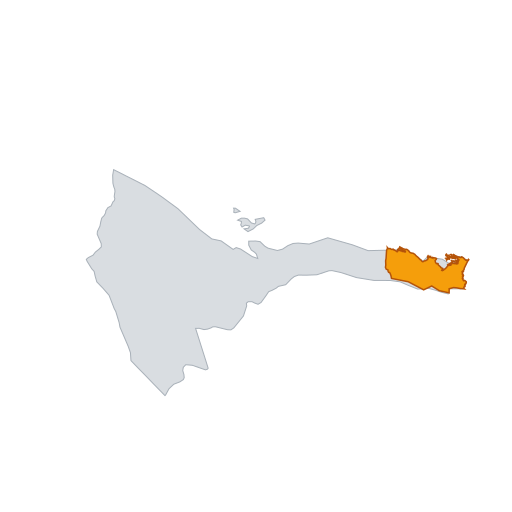 Debub Deb.Keih Bahri, Debubawi Keyih Bahri, Eritrea shown in context, rotated 321°
{"feature_id": "51966322B86476524232792", "entity_name": "Debub Deb.Keih Bahri", "entity_type": "district", "adm_level": 2, "iso_a3": "ERI", "parent_name": "Eritrea", "parent_adm1": "Debubawi Keyih Bahri", "projection": "robinson", "projection_center": [42.638, 13.079], "detail": "fine", "context": "in_parent", "style": "filled", "palette": "amber", "viewbox_px": 512, "rotation_deg": 321, "n_neighbors": 0, "source": "geoboundaries", "source_scale": "gbopen_adm2", "svg_char_len": 8411}
<svg xmlns="http://www.w3.org/2000/svg" viewBox="0 0 512 512"><g transform="rotate(321 256 256)"><path d="M97.4,307.2L95.9,291.2L95.0,280.6L93.9,269.3L93.0,258.6L97.6,252.1L99.8,245.9L105.5,225.7L107.7,221.7L112.1,210.9L112.7,207.7L117.1,194.1L116.8,185.0L116.0,175.9L118.3,170.5L120.5,166.1L120.3,162.5L121.4,153.9L122.0,151.8L124.6,151.7L129.8,152.8L133.6,151.9L138.1,151.9L141.5,151.6L143.5,149.0L146.3,139.1L148.2,137.1L149.5,136.5L153.5,134.6L156.8,131.8L159.6,129.7L160.6,129.3L163.5,129.0L166.3,127.8L167.7,126.4L171.3,125.2L174.9,125.9L177.3,124.7L178.9,123.9L180.7,123.8L182.4,122.6L183.0,120.9L184.1,119.7L186.9,117.2L188.2,115.3L188.8,113.4L189.4,111.9L190.6,109.4L195.5,103.0L199.7,99.3L214.1,131.4L219.9,150.3L225.1,170.1L228.8,199.8L232.4,214.9L238.4,222.3L242.4,236.5L245.9,237.0L248.4,240.9L252.7,254.1L255.8,259.0L257.5,254.8L257.3,252.4L256.1,248.3L257.2,243.0L259.7,239.9L265.2,244.2L268.2,247.4L269.0,253.9L270.3,257.5L276.1,265.2L281.0,267.4L287.3,268.0L292.7,269.6L296.9,272.5L304.9,280.2L323.2,287.0L337.9,307.9L346.5,322.4L375.0,344.3L379.9,354.8L382.5,365.1L388.5,364.6L398.8,375.8L401.8,384.4L410.2,387.5L411.6,382.4L415.7,386.6L417.4,393.0L412.0,395.6L406.0,397.9L405.2,397.8L403.2,400.7L400.4,408.9L397.3,411.2L395.7,411.4L386.4,403.8L385.0,403.4L382.9,404.9L381.5,406.4L377.2,400.7L374.0,395.6L369.6,389.5L365.4,386.8L360.8,383.4L356.3,375.4L351.7,366.7L344.9,359.5L332.2,349.1L320.5,336.0L311.6,322.3L305.9,315.2L303.4,313.4L291.5,308.9L283.2,302.7L276.9,297.5L272.9,296.1L269.1,296.0L261.0,297.0L254.3,293.7L251.5,293.7L246.9,292.8L243.4,291.7L239.2,293.0L230.7,295.3L227.2,294.8L225.3,291.6L224.2,289.1L221.2,286.6L218.8,286.6L217.4,288.9L208.5,294.7L193.5,297.9L190.0,297.6L187.4,295.3L179.9,285.4L177.7,283.8L176.0,283.6L172.5,282.4L169.3,280.5L166.4,276.5L163.5,274.2L160.4,282.1L154.9,296.1L152.0,303.5L148.2,313.1L147.0,313.4L145.1,312.7L137.7,300.8L133.0,296.3L129.5,296.7L127.0,298.9L125.3,302.9L123.6,305.4L121.7,306.3L117.6,305.9L111.4,303.9L104.9,304.4L98.3,307.1L97.4,307.2ZM273.2,227.4L275.2,230.3L276.6,230.0L277.7,229.0L278.4,227.0L286.1,231.1L285.6,233.8L281.1,234.0L275.8,232.8L270.9,233.2L265.1,232.0L263.8,227.4L267.5,229.6L269.4,229.0L269.7,228.4L267.1,225.3L263.4,224.7L263.7,222.2L265.3,221.2L266.4,220.0L264.3,216.6L268.4,217.4L271.0,219.5L272.8,221.9L273.2,227.4ZM270.1,205.9L271.7,211.3L267.0,209.3L266.2,208.1L268.3,206.0L268.7,204.7L270.1,205.9Z" fill="#d9dde1" stroke="#a8b0b8" stroke-width="1"/><path d="M394.6,371.7L394.4,370.8L393.2,369.4L392.8,368.9L392.5,368.9L392.3,368.4L391.6,368.2L391.4,367.9L390.6,366.6L390.4,365.8L390.0,366.1L389.7,366.0L389.5,365.6L389.7,364.8L389.9,364.8L389.9,364.1L388.9,364.4L388.7,364.7L388.8,364.9L388.3,365.5L388.3,366.1L387.2,366.7L384.8,366.4L383.9,365.8L382.4,365.6L381.8,365.2L381.6,364.5L381.7,363.3L381.3,362.1L381.1,359.2L380.5,356.3L380.5,354.7L379.7,352.5L379.0,352.0L378.0,350.4L377.8,349.2L378.0,348.2L377.8,348.0L377.8,347.1L377.3,345.6L376.4,345.0L375.2,343.4L374.5,342.2L374.5,341.6L373.4,340.9L372.8,340.8L372.7,340.3L372.9,339.9L372.4,339.9L372.4,339.5L372.2,339.9L371.0,340.3L371.2,340.7L371.3,340.5L371.8,340.6L372.2,340.3L372.3,340.6L372.0,340.9L372.3,340.8L372.5,340.4L373.0,341.0L374.3,341.5L374.5,342.7L373.9,343.6L372.8,343.0L373.2,344.0L374.8,345.5L374.5,346.3L375.0,346.5L374.8,346.8L374.3,346.7L373.9,346.0L373.9,345.7L373.5,345.5L372.5,344.5L372.7,344.1L372.4,343.9L371.9,342.9L371.6,342.9L371.5,342.4L371.0,341.8L371.0,341.6L370.4,341.2L370.3,340.8L369.2,341.2L369.0,341.6L368.7,341.7L368.3,341.4L368.1,341.1L368.1,340.0L367.8,339.8L367.6,339.1L367.1,338.4L367.2,338.0L366.8,337.6L367.0,337.4L367.0,337.1L366.2,336.5L365.7,336.4L365.3,335.8L364.7,334.0L364.7,334.3L363.8,334.0L363.4,332.7L363.4,332.2L363.1,332.7L361.0,333.8L355.5,339.8L353.7,341.3L351.1,344.8L349.5,346.2L348.9,348.3L349.8,349.7L349.0,351.1L348.8,352.0L348.9,352.4L349.4,352.8L349.3,353.8L348.6,356.0L347.2,358.7L358.1,371.8L365.0,387.8L373.7,389.9L376.6,398.3L382.9,406.2L385.5,403.0L389.6,404.8L392.0,407.1L394.4,410.0L395.7,411.1L397.2,412.7L397.1,411.9L398.0,411.0L398.7,411.3L399.6,411.0L399.7,410.2L400.0,410.2L400.2,409.9L400.4,409.9L400.2,409.6L400.3,409.5L401.6,409.2L402.1,409.4L402.8,408.9L402.9,408.6L403.2,408.3L402.9,406.6L402.5,406.0L402.2,406.1L401.8,405.9L401.8,405.4L402.1,404.1L402.4,404.0L402.3,403.7L402.6,403.7L402.6,403.3L402.9,403.3L403.3,402.2L404.0,402.4L404.3,401.8L404.9,401.8L405.0,401.5L404.7,401.0L405.1,400.8L404.8,400.3L405.3,400.1L405.3,399.5L406.0,399.2L406.1,398.0L406.9,397.8L407.3,398.5L407.6,398.5L408.3,397.7L409.6,397.2L410.0,396.6L417.2,393.2L418.2,393.1L418.4,392.8L417.7,392.9L417.3,392.2L417.5,392.0L417.4,392.1L417.2,391.7L416.8,391.8L416.4,391.3L416.1,389.6L416.0,387.9L415.3,386.0L415.1,385.6L415.1,386.2L414.5,386.3L413.9,385.9L413.7,385.2L413.2,384.9L413.1,384.4L411.9,383.4L411.9,383.0L411.8,382.8L411.9,382.6L410.8,381.3L410.9,380.9L410.6,380.5L410.4,380.5L410.6,380.7L410.1,380.7L410.1,381.7L411.0,382.3L411.7,382.5L411.8,382.8L411.6,383.0L411.9,383.2L411.3,382.9L410.9,383.1L411.3,384.6L410.8,385.4L411.5,386.3L410.9,387.0L410.3,387.0L409.6,387.7L408.9,387.5L408.5,387.9L408.7,388.3L408.1,388.9L407.1,388.6L407.2,388.2L407.5,387.9L408.2,388.0L408.2,387.4L407.1,387.1L407.2,387.5L406.4,387.7L405.4,386.8L404.6,385.8L404.3,385.7L404.3,385.8L404.2,385.8L404.2,384.4L404.0,384.5L403.3,384.5L402.9,384.9L402.3,385.0L402.1,385.6L401.5,385.7L400.8,385.2L400.1,384.1L399.7,384.5L399.2,383.9L398.7,384.3L396.9,384.8L395.1,385.0L394.0,384.8L392.7,385.0L392.2,384.7L391.7,384.7L391.3,384.1L393.3,383.2L392.3,381.2L392.6,380.8L392.1,377.9L392.2,377.1L392.7,376.5L392.5,376.1L391.9,376.0L391.4,375.4L391.6,373.6L392.4,372.2L393.8,372.1L394.6,371.7ZM409.0,379.7L407.4,378.8L407.9,379.6L407.6,379.6L407.4,380.1L407.2,380.1L407.1,379.6L406.8,379.1L406.3,379.2L406.3,379.9L407.2,381.3L407.3,381.3L407.3,381.0L407.6,380.7L408.2,380.9L408.4,380.7L408.8,381.3L408.6,381.5L409.2,381.8L409.3,380.6L409.8,380.6L409.7,380.2L409.9,380.1L409.2,380.0L409.0,379.7ZM405.4,374.4L405.2,374.3L404.2,374.6L403.8,375.2L403.9,375.8L405.1,376.4L405.9,376.5L405.7,376.1L405.4,376.2L405.2,375.8L404.6,375.6L404.2,375.0L404.8,374.5L405.4,374.4L405.7,374.7L405.4,374.4ZM409.2,382.2L408.4,381.9L408.2,382.2L409.3,383.8L409.9,384.2L409.0,382.9L409.2,382.2ZM409.7,386.5L408.7,385.3L408.4,385.3L408.5,386.1L408.7,386.5L409.5,386.7L409.7,386.5ZM402.9,384.0L401.7,383.6L401.4,384.0L401.6,384.3L402.5,384.4L402.9,384.0ZM404.7,379.1L404.3,379.0L404.4,379.4L404.3,379.5L404.0,379.4L404.3,380.1L404.8,379.7L404.7,379.1ZM410.2,382.1L409.9,382.1L409.9,382.3L410.3,383.0L410.6,382.5L410.2,382.1ZM403.3,379.1L402.8,378.7L402.7,379.1L402.0,379.2L403.0,379.4L403.3,379.1ZM406.4,384.6L406.3,384.0L405.7,383.9L405.7,384.3L406.2,384.6L406.4,384.6ZM404.4,377.7L403.9,377.4L403.4,377.7L403.5,378.0L403.7,377.8L403.8,377.9L404.4,377.7ZM405.0,384.2L405.2,383.5L404.4,383.8L405.0,384.2ZM406.3,377.8L405.8,378.0L405.7,378.3L405.9,378.4L406.4,378.0L406.3,377.8ZM407.6,385.1L407.0,384.8L406.8,385.2L406.8,385.3L407.6,385.1ZM370.3,340.8L370.5,340.2L370.3,340.0L370.0,340.2L370.3,340.8ZM419.0,392.8L419.0,392.3L418.5,392.4L418.9,392.8L419.0,392.8ZM408.8,377.9L408.6,377.5L408.2,377.4L408.4,377.8L408.8,377.9ZM373.5,339.4L373.2,339.6L373.7,339.9L373.5,339.4ZM392.0,367.8L391.7,367.4L391.9,368.1L392.0,367.8ZM404.4,378.8L404.1,378.2L404.1,378.6L403.8,378.8L404.4,378.8ZM391.0,365.8L390.7,365.6L391.0,365.9L391.0,366.4L391.1,366.6L391.1,366.4L391.3,366.9L391.2,366.5L391.0,365.8ZM409.9,379.9L410.2,379.5L410.6,379.3L410.1,379.4L409.9,379.9ZM408.0,386.7L407.9,386.0L408.0,386.7ZM372.3,342.5L372.9,342.2L373.0,341.6L372.8,342.2L372.3,342.5ZM404.1,383.7L403.8,383.8L403.7,383.9L403.8,384.0L404.1,383.7ZM407.9,381.9L407.6,381.6L407.4,381.5L407.6,381.8L407.9,381.9ZM401.8,378.5L402.0,378.3L401.9,378.1L401.8,378.5ZM402.5,377.0L402.7,376.8L402.5,377.0ZM405.2,382.5L405.3,382.3L405.5,382.0L405.1,382.3L405.2,382.5ZM401.7,377.1L401.9,376.5L401.7,377.1ZM408.1,377.4L408.0,377.2L408.1,377.4ZM402.7,378.7L402.7,378.4L402.6,378.1L402.6,378.5L402.7,378.7ZM401.1,384.0L400.9,383.9L401.1,384.2L401.1,384.0ZM406.3,386.8L406.0,386.6L406.3,386.8ZM392.7,368.9L392.5,368.6L392.4,368.6L392.5,368.7L392.7,368.9ZM390.7,365.5L390.5,365.3L390.4,365.3L390.6,365.5L390.7,365.5ZM407.3,385.6L407.2,385.5L407.3,385.6ZM405.8,386.4L405.7,386.2L405.8,386.4ZM410.9,379.3L410.7,379.2L410.6,379.3L410.9,379.3Z" fill="#f59e0b" stroke="#b45309" stroke-width="1.5"/></g></svg>